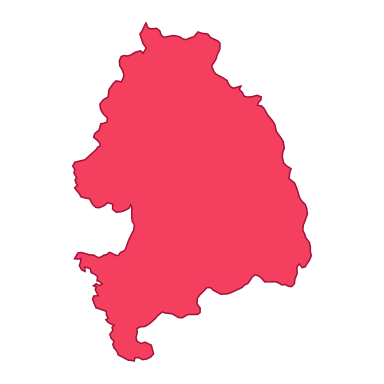 Ribeirão Claro, Paraná, Brazil (Albers equal-area conic projection)
{"feature_id": "56859067B98534601158494", "entity_name": "Ribeirão Claro", "entity_type": "district", "adm_level": 2, "iso_a3": "BRA", "parent_name": "Brazil", "parent_adm1": "Paraná", "projection": "albers", "projection_center": [-49.782, -23.265], "detail": "fine", "context": "isolated", "style": "filled", "palette": "rose", "viewbox_px": 384, "rotation_deg": 0, "n_neighbors": 0, "source": "geoboundaries", "source_scale": "gbopen_adm2", "svg_char_len": 3379}
<svg xmlns="http://www.w3.org/2000/svg" viewBox="0 0 384 384"><path d="M306.7,208.4L305.2,204.4L301.5,200.8L299.6,197.6L298.2,193.1L296.7,188.0L294.5,182.9L288.9,178.5L289.4,175.3L289.8,172.5L291.1,168.7L286.5,165.9L283.7,163.0L282.3,156.9L282.7,152.4L284.3,148.3L283.2,141.5L281.5,138.6L276.4,131.6L274.8,124.5L272.3,120.5L267.8,115.2L264.0,108.4L261.6,105.9L257.5,105.4L258.5,102.5L260.9,99.9L261.2,96.8L257.2,95.3L251.9,96.7L247.2,97.1L244.0,96.0L242.2,92.2L239.3,89.5L240.9,86.1L237.9,87.0L233.2,88.2L230.2,86.4L228.1,83.2L227.1,80.5L222.8,77.7L218.2,75.3L215.7,73.9L213.6,71.0L211.7,66.0L214.4,61.7L216.0,59.1L217.2,54.9L219.9,49.1L220.0,43.2L218.2,41.2L215.7,39.9L210.6,37.6L207.8,34.0L201.4,33.2L198.0,31.9L194.0,36.7L189.6,38.1L186.1,39.6L182.7,39.0L180.6,37.3L177.9,36.3L173.1,35.5L163.9,37.3L161.3,35.2L159.8,30.9L156.6,28.3L151.3,28.9L148.0,27.9L146.0,23.0L144.6,25.4L142.4,30.4L139.9,33.9L143.0,43.6L146.2,48.0L143.1,53.2L140.6,50.8L135.3,52.2L130.5,55.2L127.1,56.0L124.2,55.5L121.2,56.5L119.3,60.8L119.8,66.0L122.4,70.2L123.8,74.4L123.5,77.4L121.2,81.9L118.5,81.2L115.9,80.9L112.8,84.0L108.9,89.8L108.1,97.0L103.4,99.6L99.9,104.0L100.4,108.3L101.4,111.0L103.4,114.1L107.2,117.6L107.1,121.8L103.8,123.3L100.8,123.7L99.1,129.9L94.8,133.5L93.6,137.2L97.2,140.3L99.6,142.8L100.4,145.9L97.9,147.0L95.8,149.9L84.9,159.8L74.7,162.2L72.7,166.1L74.8,169.5L73.9,173.0L76.5,177.6L75.1,180.0L75.9,182.9L77.5,185.2L74.6,187.8L79.7,194.2L80.7,196.7L85.5,198.2L89.5,198.7L92.0,203.4L93.6,205.5L95.9,207.5L99.5,207.7L104.5,205.5L107.7,202.7L112.7,204.2L112.5,209.1L116.1,212.2L120.9,211.8L125.2,210.3L129.2,208.1L130.6,204.6L131.8,207.5L131.7,214.5L131.8,218.5L132.4,221.6L134.4,224.9L133.7,230.0L131.8,233.7L129.2,238.9L126.8,245.1L125.7,248.6L124.2,250.8L120.3,252.5L118.5,255.5L116.0,255.3L109.6,252.3L106.6,254.6L103.8,255.2L100.9,257.1L98.0,257.6L93.6,255.0L89.7,254.9L81.7,252.5L78.0,252.9L76.6,255.2L74.5,258.8L78.0,259.1L80.7,258.4L80.6,261.8L79.3,265.6L81.7,269.9L85.1,271.4L84.6,267.1L90.2,268.5L91.1,272.6L94.5,274.1L97.6,276.5L97.0,280.8L99.6,281.6L102.2,284.0L99.3,285.6L96.3,283.7L93.4,285.8L96.2,286.8L95.2,289.6L98.2,295.7L93.6,296.0L92.6,299.5L94.3,303.6L96.0,307.9L99.6,308.9L103.8,310.4L106.3,311.5L106.4,314.9L108.3,318.2L105.8,319.7L108.1,322.3L110.5,323.8L114.1,325.0L112.0,327.2L112.7,330.6L109.8,334.4L111.2,338.5L114.0,341.0L112.8,344.4L113.8,347.5L117.0,351.4L118.3,355.0L122.2,356.9L125.9,359.0L128.4,360.2L131.2,360.4L134.3,361.0L134.9,357.8L138.8,357.6L142.6,359.7L146.7,359.0L150.7,357.0L153.6,353.9L151.3,345.2L145.1,342.2L141.3,343.5L137.2,341.4L136.0,337.6L137.4,332.0L136.7,328.9L140.1,326.9L144.9,326.5L148.9,324.2L155.1,318.8L157.0,316.4L162.2,312.0L165.6,313.1L172.1,313.8L178.7,317.6L182.4,317.8L187.5,314.6L197.8,314.4L200.1,312.5L200.2,308.2L197.0,303.8L197.4,298.2L200.2,294.4L203.0,291.8L206.9,287.7L210.5,287.6L213.2,290.2L220.8,294.2L227.0,293.9L230.5,292.9L242.3,287.4L244.5,284.9L247.7,283.6L249.6,281.0L252.5,276.7L255.4,274.7L259.0,276.2L261.4,278.1L264.8,281.9L275.7,281.8L278.9,283.0L281.6,284.9L285.5,284.6L288.4,286.3L291.7,286.6L294.4,283.7L294.9,279.1L297.1,273.8L297.0,266.6L299.2,264.0L302.2,267.7L305.2,266.8L307.3,263.2L309.4,260.4L311.3,255.7L310.4,251.9L310.4,247.1L309.5,242.6L305.6,237.4L304.6,233.8L302.9,230.7L303.2,225.4L304.8,221.4L307.4,214.2L306.7,208.4Z" fill="#f43f5e" stroke="#9f1239" stroke-width="1.5"/></svg>